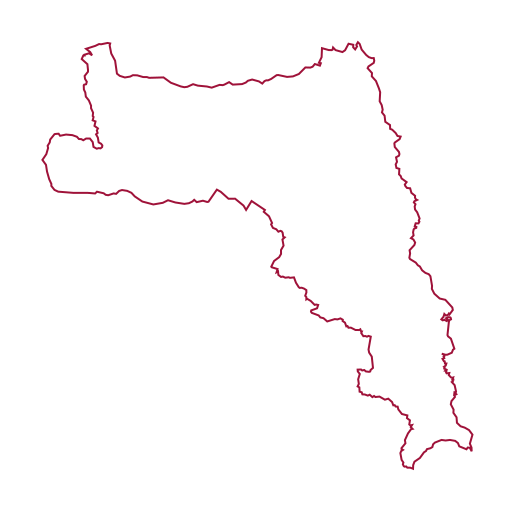 outline of PUI, Hunedoara, Romania, rotated 88°
{"feature_id": "2599482B55775977507449", "entity_name": "PUI", "entity_type": "district", "adm_level": 2, "iso_a3": "ROU", "parent_name": "Romania", "parent_adm1": "Hunedoara", "projection": "mercator", "projection_center": [23.151, 45.49], "detail": "fine", "context": "isolated", "style": "outline", "palette": "rose", "viewbox_px": 512, "rotation_deg": 88, "n_neighbors": 0, "source": "geoboundaries", "source_scale": "gbopen_adm2", "svg_char_len": 5911}
<svg xmlns="http://www.w3.org/2000/svg" viewBox="0 0 512 512"><g transform="rotate(88 256 256)"><path d="M62.3,131.4L62.3,133.5L61.2,136.3L58.9,138.9L53.4,143.2L47.7,145.0L45.9,146.7L48.6,148.4L50.1,147.7L53.0,149.7L50.8,151.6L48.3,151.4L47.1,156.1L53.5,159.8L55.2,162.5L53.0,169.3L50.3,171.7L52.5,172.3L52.9,173.2L52.7,176.2L50.6,182.8L59.6,183.5L65.1,186.4L65.6,184.5L68.0,185.5L66.2,190.5L68.8,192.8L69.6,195.1L69.3,200.1L75.6,206.8L77.8,212.8L78.1,218.7L75.9,227.5L76.0,229.1L79.6,234.7L80.9,237.9L80.8,239.6L81.5,241.4L83.9,243.7L81.6,247.0L79.5,253.7L80.6,258.0L82.3,260.1L83.7,263.9L83.9,273.3L81.3,276.8L83.6,281.6L84.1,283.3L83.7,286.4L86.2,294.4L84.9,299.1L83.7,308.2L82.1,312.9L84.5,318.7L84.8,321.8L83.9,325.3L79.9,335.0L74.3,342.2L74.2,356.6L73.4,358.7L73.2,362.6L71.3,368.4L71.0,372.7L72.3,375.5L73.0,380.8L71.2,385.9L68.9,388.6L55.9,390.0L48.6,393.6L40.5,394.9L38.5,394.3L37.9,396.9L39.0,403.4L38.7,405.4L40.4,409.3L43.0,418.6L46.4,414.6L49.7,412.8L47.6,415.8L48.7,419.9L49.5,420.2L49.0,420.8L49.6,421.6L53.1,423.3L58.4,417.8L64.3,417.4L66.0,417.5L70.1,421.0L73.0,420.7L76.0,419.0L78.4,419.8L78.8,421.8L79.4,422.2L83.6,422.2L86.6,420.9L90.8,420.5L94.7,417.6L100.0,415.6L102.5,415.7L107.1,413.8L110.4,414.3L111.4,413.5L114.7,414.5L115.9,411.7L120.3,412.9L123.0,409.5L125.0,410.7L127.5,410.0L128.8,411.6L132.2,409.9L137.0,409.3L138.4,406.9L140.1,405.7L141.8,406.0L143.0,407.6L142.7,409.5L143.2,411.4L141.3,414.6L136.5,415.2L132.8,417.9L132.7,421.7L134.3,424.6L133.1,426.5L132.9,428.9L130.6,430.8L128.8,435.3L128.0,441.6L129.0,447.6L126.9,449.0L127.0,451.7L127.2,453.1L132.4,457.6L135.3,458.2L138.6,460.4L140.8,460.0L146.9,462.0L152.5,466.1L157.6,462.7L164.3,461.9L172.0,460.0L176.8,458.0L178.8,458.1L182.9,455.1L184.8,451.4L186.5,436.6L187.1,421.1L187.9,414.6L186.2,412.7L188.0,406.0L189.6,404.1L190.1,401.6L188.5,396.1L189.0,393.6L186.2,390.5L185.4,387.6L186.4,382.5L188.5,378.3L192.2,375.1L197.6,367.7L200.9,356.8L199.6,347.3L197.2,342.0L199.7,334.7L201.4,325.8L200.9,321.2L199.3,317.6L197.7,315.8L200.1,313.4L198.9,307.1L200.3,302.9L200.1,301.6L188.3,292.8L190.6,289.0L197.8,281.5L198.0,274.9L205.2,266.7L209.6,264.3L200.9,258.5L210.3,245.5L212.1,246.7L216.8,241.6L223.6,238.8L224.9,239.8L228.5,238.1L230.0,234.8L232.5,232.8L231.7,230.7L232.2,229.5L233.6,228.6L237.8,228.1L238.4,226.7L240.4,229.0L246.6,228.1L250.9,230.8L254.8,230.9L258.0,232.9L261.6,238.1L267.2,241.1L267.8,240.7L269.8,234.9L273.0,236.0L272.3,234.5L275.7,234.3L277.8,231.7L277.5,229.9L278.7,227.5L278.4,224.1L279.0,222.8L278.7,218.8L284.1,217.0L288.6,214.4L289.4,213.5L289.3,211.5L290.2,209.2L291.8,206.9L294.2,206.9L297.5,208.2L298.9,207.1L301.0,207.2L300.5,206.5L302.8,202.9L306.9,199.1L306.6,197.6L307.1,195.6L310.4,196.8L312.3,202.7L313.6,203.0L314.8,202.2L317.6,195.4L319.6,193.9L320.5,190.7L323.9,187.1L321.8,179.5L322.2,176.7L321.3,173.8L322.7,171.5L324.0,171.7L325.7,169.4L329.5,168.2L329.2,167.0L330.9,166.1L330.9,163.7L333.4,159.2L333.6,155.5L332.9,154.3L335.0,153.6L335.1,152.8L336.7,153.5L339.9,151.5L339.8,149.5L340.5,147.9L339.8,146.4L340.6,144.1L353.4,146.8L356.5,146.3L360.6,143.8L371.9,143.0L374.0,145.5L375.4,145.9L375.7,147.0L375.2,150.2L373.7,151.8L374.1,153.9L373.1,155.0L373.1,158.4L374.9,158.3L377.5,156.4L382.8,158.2L387.4,157.7L389.9,159.0L390.9,157.3L395.2,157.2L395.9,155.1L398.0,154.5L398.2,152.1L399.4,149.1L398.6,147.2L401.1,144.6L400.0,142.9L401.1,141.6L400.8,137.5L404.1,132.2L403.2,128.8L406.7,125.1L410.0,124.0L409.9,122.6L411.3,121.7L411.5,119.7L414.3,119.1L419.0,115.7L420.6,110.3L423.3,110.8L425.6,107.9L429.7,108.7L430.7,107.6L430.4,106.0L432.4,107.3L434.2,105.6L434.4,107.0L438.6,110.3L445.2,113.6L448.4,113.2L453.1,117.3L454.0,117.3L454.9,115.9L456.0,117.7L458.0,118.6L464.8,117.6L467.6,115.9L469.3,116.5L471.1,115.7L471.7,115.0L471.6,113.2L472.8,112.2L472.9,109.3L474.1,106.5L470.4,106.2L467.1,104.8L463.6,99.3L458.1,95.0L456.8,92.9L455.0,91.9L454.2,88.4L453.1,86.4L450.4,85.6L448.7,83.7L446.3,77.0L447.0,73.0L446.6,68.6L447.7,63.4L450.0,60.7L453.3,59.5L456.5,52.4L454.8,51.1L455.1,49.0L458.7,47.3L455.0,47.3L451.0,48.8L442.1,45.9L437.4,49.2L434.8,53.4L433.3,57.5L429.7,61.0L424.2,61.2L419.6,64.2L416.4,63.9L411.0,66.5L407.8,65.7L403.8,62.1L402.2,62.6L401.1,60.6L400.3,61.4L401.0,62.7L399.1,62.4L399.6,61.2L398.5,60.8L392.0,62.0L388.8,64.7L388.3,63.7L386.8,64.1L386.5,62.3L386.0,63.8L384.3,63.2L384.6,64.2L384.1,65.4L381.7,67.5L379.7,66.9L379.9,69.6L379.0,70.1L377.6,69.7L377.3,70.9L376.2,69.7L375.1,71.8L373.9,71.4L373.3,72.0L372.1,70.2L370.1,69.5L370.0,70.9L367.9,71.1L367.7,71.9L365.3,73.2L364.6,71.4L363.1,72.0L362.6,71.2L361.5,71.2L360.1,73.7L361.3,70.2L361.3,68.2L359.5,63.7L356.5,62.4L355.6,61.0L345.4,64.1L343.0,66.9L341.7,67.4L328.9,65.6L326.9,65.0L326.1,63.3L324.8,63.5L324.2,63.9L323.8,66.2L324.8,68.2L326.4,66.4L327.7,67.6L326.4,69.9L326.8,71.7L325.8,73.0L323.2,70.7L320.5,69.8L322.1,68.3L321.5,66.1L320.3,65.3L321.2,64.7L316.8,61.2L314.3,61.6L306.4,68.3L304.9,73.9L299.9,79.1L295.0,81.4L292.0,81.1L282.3,82.4L280.2,84.0L278.8,87.3L276.1,90.5L272.2,92.6L270.9,94.6L268.2,96.5L264.4,102.2L263.1,102.8L258.8,101.9L255.6,102.3L250.5,97.3L248.1,96.5L245.0,98.1L243.6,100.5L241.0,97.8L237.8,98.2L234.9,97.5L234.1,96.8L233.5,94.9L232.5,94.7L231.8,96.3L228.9,95.3L229.1,92.5L227.4,91.5L226.3,92.1L224.2,91.2L217.9,93.4L215.1,95.4L212.1,95.7L209.8,94.8L207.9,96.4L206.7,95.7L205.6,93.1L204.9,94.3L203.1,95.1L201.4,94.9L198.3,98.5L193.7,99.6L193.3,102.7L191.3,104.3L189.8,104.8L187.4,102.9L183.6,107.8L181.1,108.6L179.4,110.2L173.9,109.7L172.9,112.6L169.3,113.2L166.8,111.8L162.3,112.6L160.7,109.6L159.1,109.1L157.0,109.5L151.9,113.5L148.4,113.8L147.5,113.4L144.2,108.4L141.7,107.3L141.0,110.4L138.0,112.1L134.5,115.5L133.6,117.5L129.8,117.5L126.4,122.1L120.3,122.6L116.9,125.1L114.2,124.3L109.6,125.1L105.7,127.0L96.7,126.2L92.8,127.3L85.3,130.0L80.5,134.0L77.2,133.7L72.2,137.9L70.5,137.0L67.1,131.6L65.0,131.0L62.3,131.4Z" fill="none" stroke="#9f1239" stroke-width="2"/></g></svg>